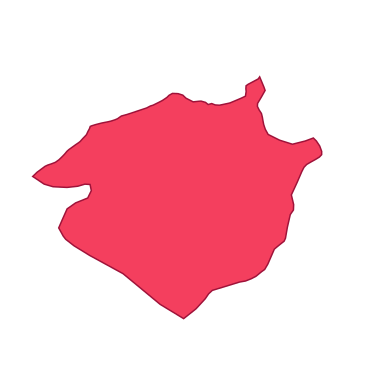 outline of Baoro, Nana-Mambéré, Central African Republic, rotated 61°
{"feature_id": "33826404B60338684619617", "entity_name": "Baoro", "entity_type": "district", "adm_level": 2, "iso_a3": "CAF", "parent_name": "Central African Republic", "parent_adm1": "Nana-Mambéré", "projection": "robinson", "projection_center": [16.033, 5.49], "detail": "fine", "context": "isolated", "style": "filled", "palette": "rose", "viewbox_px": 384, "rotation_deg": 61, "n_neighbors": 0, "source": "geoboundaries", "source_scale": "gbopen_adm2", "svg_char_len": 1725}
<svg xmlns="http://www.w3.org/2000/svg" viewBox="0 0 384 384"><g transform="rotate(61 192 192)"><path d="M101.2,323.8L113.4,317.5L120.0,311.0L127.4,299.1L131.6,289.1L133.2,281.9L136.0,277.5L142.0,279.4L145.0,283.7L146.7,286.1L145.1,299.1L146.2,309.4L153.5,319.1L158.8,326.0L168.2,326.0L172.1,325.4L181.8,321.3L197.8,312.3L230.0,291.9L274.9,274.3L298.7,260.7L296.1,245.1L291.8,232.2L289.1,226.8L287.9,221.9L293.8,194.1L295.8,188.3L296.6,182.1L296.7,176.7L296.1,173.5L295.4,169.6L295.0,166.0L291.8,160.6L281.9,147.7L281.3,144.7L280.5,140.3L279.7,135.3L277.8,132.7L269.1,125.7L259.4,117.0L256.9,112.0L252.3,109.2L242.7,106.5L234.5,95.3L227.4,86.1L224.7,82.1L223.5,78.3L223.4,73.6L223.4,67.9L223.2,63.6L222.2,60.5L219.4,58.9L213.7,58.0L207.7,58.5L203.6,59.7L202.3,68.2L198.9,81.0L189.2,90.2L178.6,97.5L172.7,97.5L167.8,96.6L163.8,95.3L160.7,94.2L157.0,93.2L152.9,93.5L148.8,93.3L146.3,91.7L142.3,84.8L138.6,78.8L134.9,78.2L124.1,77.0L125.2,79.3L125.0,90.6L125.3,93.2L127.8,94.8L130.5,96.0L131.6,96.9L134.1,98.8L133.8,103.5L133.4,107.4L133.0,111.1L132.5,115.6L132.1,117.1L129.4,125.9L127.1,129.5L124.2,131.9L123.3,135.5L120.2,136.7L116.9,140.0L116.0,141.9L113.7,147.3L107.0,151.8L102.8,153.1L99.2,156.5L96.3,161.3L96.3,165.2L97.1,168.0L97.3,170.0L97.6,173.5L97.5,177.4L97.3,181.5L97.2,183.9L96.6,186.7L96.5,190.9L92.7,211.2L91.3,216.9L91.5,219.1L91.8,221.5L91.5,224.5L90.7,228.5L89.8,231.7L88.7,235.0L87.8,237.9L86.3,243.7L85.5,247.5L85.3,249.2L87.0,251.1L88.5,253.5L90.7,256.5L91.3,258.3L92.3,261.6L93.6,265.3L93.9,267.2L94.2,270.6L94.5,273.1L95.2,279.1L95.8,281.7L97.2,285.3L98.4,289.3L99.3,292.7L99.8,297.1L99.2,301.4L98.5,305.1L98.3,308.1L99.6,317.9L101.2,323.8Z" fill="#f43f5e" stroke="#9f1239" stroke-width="1.5"/></g></svg>